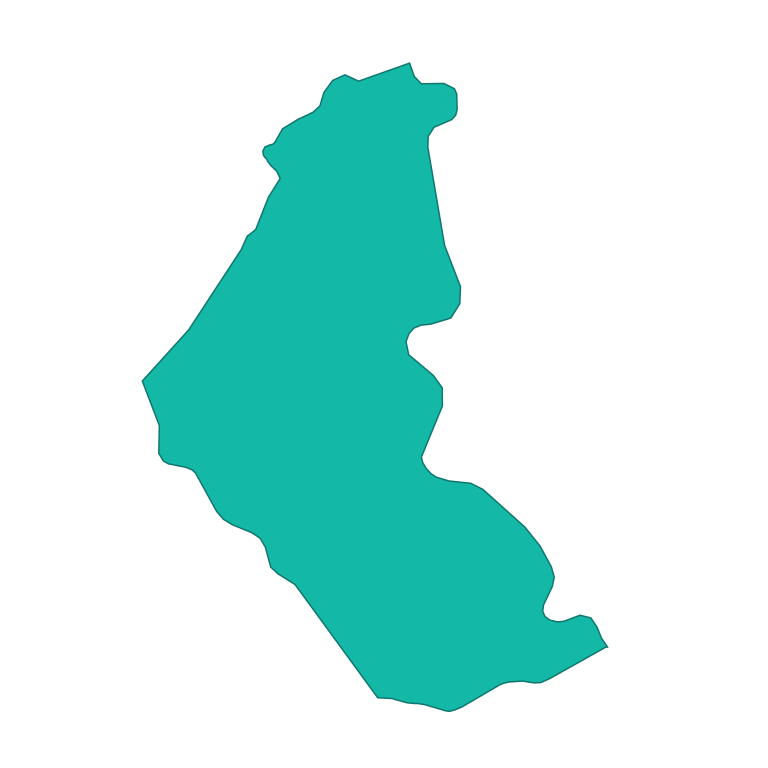 the border of Ancona, rotated 274°
{"feature_id": "ITA-5427", "entity_name": "Ancona", "entity_type": "Province", "adm_level": 1, "iso_a3": "ITA", "parent_name": "Italy", "parent_adm1": "", "projection": "robinson", "projection_center": [13.168, 43.479], "detail": "fine", "context": "isolated", "style": "filled", "palette": "teal", "viewbox_px": 768, "rotation_deg": 274, "n_neighbors": 0, "source": "natural_earth", "source_scale": "10m", "svg_char_len": 1486}
<svg xmlns="http://www.w3.org/2000/svg" viewBox="0 0 768 768"><g transform="rotate(274 384 384)"><path d="M370.1,142.7L424.4,185.4L507.9,232.1L521.9,237.3L529.0,245.2L562.5,255.8L581.7,266.1L588.6,262.3L594.0,255.9L598.0,252.4L599.9,251.5L601.5,249.7L603.8,247.8L607.9,246.9L612.1,248.7L614.2,252.7L615.6,256.7L617.9,258.5L631.5,265.0L641.9,279.6L650.1,294.2L657.0,300.7L670.6,303.7L683.3,311.7L689.7,323.5L684.3,337.5L705.9,387.1L692.8,392.8L686.1,400.3L688.0,422.8L683.4,433.7L678.3,436.3L662.9,437.8L657.1,436.8L652.5,433.1L643.6,416.0L634.1,410.8L623.3,411.2L526.4,434.8L486.5,453.5L469.3,454.0L454.5,446.1L447.0,426.6L445.2,416.5L441.7,409.7L436.0,405.4L427.8,403.0L414.9,406.6L395.9,432.7L384.3,442.3L366.2,443.8L313.7,426.4L308.5,428.0L302.8,431.9L297.9,437.1L294.8,442.3L291.8,455.3L291.0,477.4L285.8,489.9L251.1,534.5L233.3,550.9L213.4,563.6L203.3,567.3L194.0,566.1L174.5,558.5L168.2,558.2L163.2,560.9L159.9,566.3L158.8,574.0L159.9,580.2L167.0,595.7L165.1,606.6L156.5,613.4L145.6,618.7L137.2,625.3L136.6,623.0L101.5,569.5L97.1,561.3L96.3,554.6L97.3,542.9L95.5,529.6L94.0,524.8L92.3,520.9L67.5,484.6L64.0,477.8L62.1,472.5L62.2,468.7L66.9,447.7L67.6,440.1L67.4,436.4L67.6,429.3L69.9,417.7L70.8,414.3L70.6,399.6L177.8,309.2L187.3,291.4L193.4,283.8L213.0,277.0L221.5,271.2L226.5,262.4L233.1,242.3L237.9,233.2L245.4,225.8L282.2,202.1L285.1,198.3L287.1,192.2L289.3,174.5L291.8,169.3L299.0,164.2L326.8,162.8L370.1,142.7Z" fill="#14b8a6" stroke="#0f766e" stroke-width="1.5"/></g></svg>